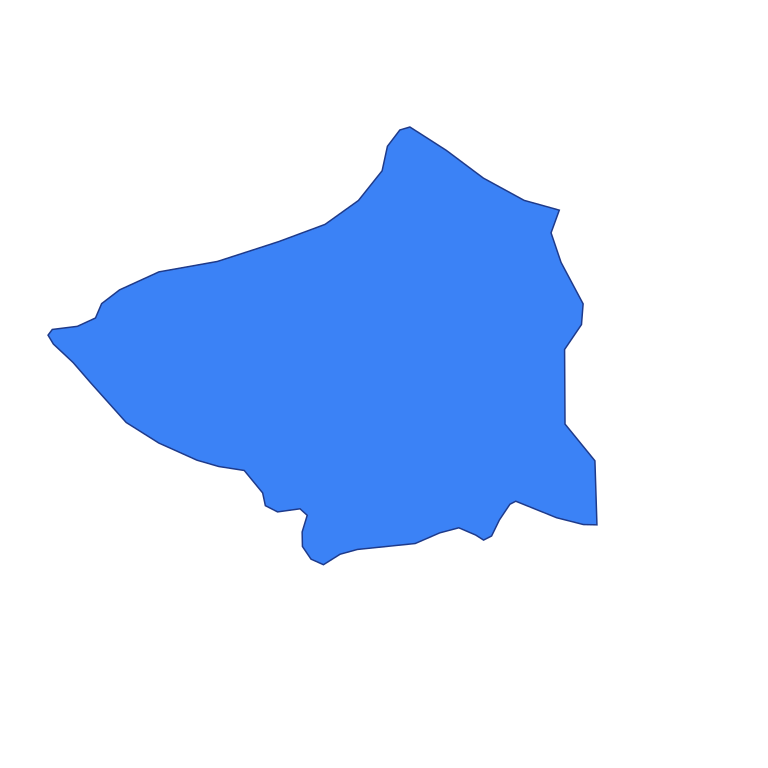 Valentín, Salto, Uruguay (Mercator projection), rotated 144°
{"feature_id": "84410073B27014613956982", "entity_name": "Valentín", "entity_type": "district", "adm_level": 2, "iso_a3": "URY", "parent_name": "Uruguay", "parent_adm1": "Salto", "projection": "mercator", "projection_center": [-57.163, -31.313], "detail": "fine", "context": "isolated", "style": "filled", "palette": "blue", "viewbox_px": 768, "rotation_deg": 144, "n_neighbors": 0, "source": "geoboundaries", "source_scale": "gbopen_adm2", "svg_char_len": 867}
<svg xmlns="http://www.w3.org/2000/svg" viewBox="0 0 768 768"><g transform="rotate(144 384 384)"><path d="M140.0,421.6L162.7,450.2L182.6,492.2L196.3,536.5L212.0,576.7L221.9,580.2L241.5,574.3L260.2,557.6L296.8,547.5L337.9,547.8L385.8,561.2L446.8,581.1L500.1,607.0L542.6,615.6L565.2,615.0L578.6,607.0L598.2,610.9L620.3,623.1L627.1,621.0L628.0,610.6L622.9,584.1L620.6,557.3L615.2,504.4L600.9,468.6L580.1,432.3L566.2,414.4L547.9,396.2L546.2,367.2L551.5,355.3L545.3,343.1L525.3,332.4L523.3,322.9L537.2,312.4L545.5,300.5L546.0,285.2L539.2,273.4L519.6,272.1L502.8,265.8L452.5,236.6L426.4,230.8L408.0,223.7L398.6,207.9L395.2,199.2L386.3,197.8L370.5,206.2L352.8,212.7L346.3,211.7L323.0,174.4L305.3,153.1L294.5,144.9L258.5,197.9L261.1,245.2L217.6,305.8L189.3,316.0L175.8,331.8L169.3,378.3L160.0,408.1L140.0,421.6Z" fill="#3b82f6" stroke="#1e3a8a" stroke-width="1.5"/></g></svg>